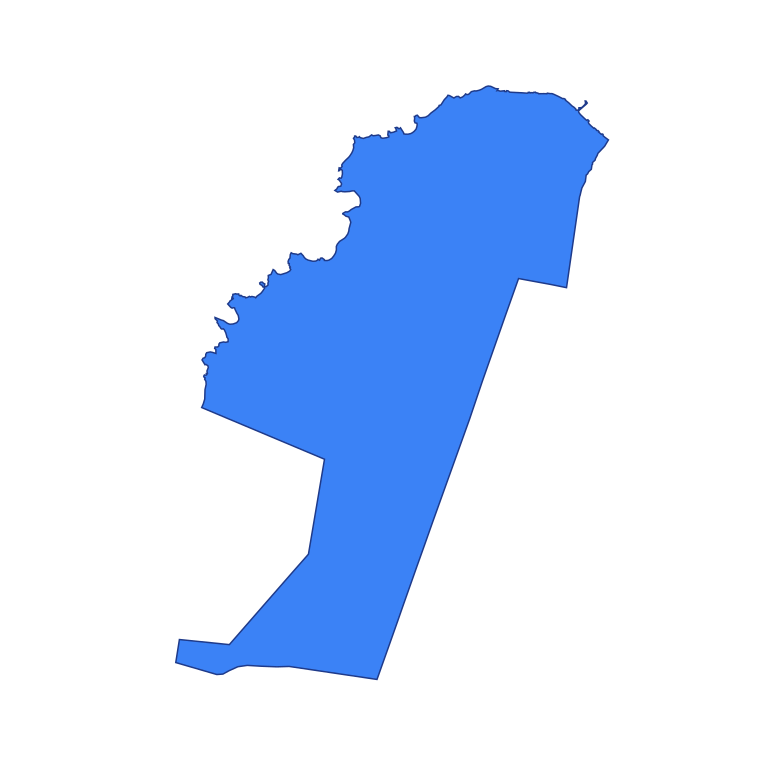 Aleipata itupa i Lalo, Atua, Samoa, rotated 279°
{"feature_id": "51752279B65562050624331", "entity_name": "Aleipata itupa i Lalo", "entity_type": "district", "adm_level": 2, "iso_a3": "WSM", "parent_name": "Samoa", "parent_adm1": "Atua", "projection": "mercator", "projection_center": [-171.461, -13.991], "detail": "fine", "context": "isolated", "style": "filled", "palette": "blue", "viewbox_px": 768, "rotation_deg": 279, "n_neighbors": 0, "source": "geoboundaries", "source_scale": "gbopen_adm2", "svg_char_len": 5284}
<svg xmlns="http://www.w3.org/2000/svg" viewBox="0 0 768 768"><g transform="rotate(279 384 384)"><path d="M167.0,437.3L210.4,445.3L228.5,448.7L256.1,453.8L362.6,474.0L402.6,480.8L470.6,493.2L509.2,500.4L508.8,516.3L508.4,533.1L507.7,549.2L599.7,547.9L601.2,548.2L604.4,548.4L608.6,548.8L615.5,551.2L621.9,551.0L623.4,552.2L625.8,553.0L628.5,555.2L632.8,555.1L633.8,555.6L635.4,555.3L638.2,557.5L639.8,557.6L643.1,558.8L645.3,559.2L653.3,564.7L660.2,567.5L662.5,563.1L663.5,561.6L664.8,561.3L665.1,560.3L664.6,559.6L666.5,556.5L667.0,556.8L667.8,555.7L667.7,554.3L668.7,553.6L669.8,551.7L669.4,551.2L671.3,548.2L673.2,545.6L674.9,544.7L675.8,545.4L676.9,544.0L676.1,542.9L677.7,540.4L680.9,535.8L682.7,533.9L684.2,533.4L692.0,540.0L693.3,540.8L695.1,539.2L695.0,538.4L693.4,539.0L691.9,539.0L688.7,536.7L687.8,535.7L687.3,533.3L685.5,533.6L684.8,532.6L684.5,531.0L685.7,530.3L687.0,528.5L688.0,526.3L690.7,522.4L692.7,518.8L693.5,518.7L694.1,517.0L693.8,515.9L695.4,511.0L696.8,506.1L697.1,504.4L696.8,502.5L696.8,499.8L696.2,499.6L695.8,496.5L694.9,491.3L695.4,490.6L695.5,488.0L695.9,487.9L695.4,485.9L694.9,485.7L694.8,483.8L694.3,482.7L694.9,482.2L694.6,480.8L693.9,480.7L693.6,479.6L693.2,474.7L692.1,464.6L691.9,462.5L693.0,460.6L692.9,459.3L691.9,459.0L691.8,457.3L692.5,457.1L691.4,453.0L691.8,450.5L691.5,449.8L693.4,450.5L693.2,448.0L694.7,442.9L694.6,440.3L693.7,438.3L690.3,434.2L689.0,432.0L687.8,429.1L687.7,427.5L686.4,424.5L684.4,423.1L683.3,422.2L682.8,420.7L683.3,419.2L681.9,418.5L679.8,416.7L678.5,414.5L679.7,412.6L679.3,410.6L678.7,409.8L677.4,408.3L679.1,403.6L679.2,402.0L677.5,401.3L674.3,399.1L668.6,396.6L667.7,394.8L666.8,394.9L662.9,391.8L658.9,387.9L655.9,385.7L654.0,383.2L652.9,379.4L652.6,377.4L654.7,374.9L654.2,373.6L653.3,373.1L653.0,372.1L651.3,372.7L648.5,372.8L646.8,373.8L646.7,375.7L645.3,376.2L643.2,376.2L640.7,375.8L638.3,374.3L636.7,372.8L635.5,371.2L634.5,368.7L634.1,366.0L634.2,364.4L635.3,364.0L639.6,360.2L638.7,359.5L638.5,358.0L639.4,357.4L639.4,356.1L638.8,355.0L638.2,355.7L635.9,356.8L634.1,353.8L633.2,351.1L634.4,349.8L634.3,348.6L630.5,348.8L629.9,349.9L628.8,350.1L627.6,347.8L626.5,344.3L626.8,342.4L628.5,341.4L629.1,339.5L628.1,336.7L627.5,334.4L628.1,332.8L625.7,330.4L624.8,327.9L623.3,325.2L623.6,322.0L624.4,321.0L623.8,320.6L623.2,318.7L624.5,317.3L624.3,316.2L623.2,316.3L621.9,315.4L620.4,316.7L617.6,317.4L615.8,316.3L612.6,317.1L609.5,316.7L607.1,316.0L603.8,314.5L602.3,313.6L598.8,310.9L595.5,308.7L593.7,308.0L592.2,308.6L590.3,307.2L590.5,305.9L587.5,305.9L587.9,306.8L589.3,307.1L589.1,308.4L588.4,309.4L584.9,310.1L581.5,309.9L580.5,309.4L580.6,307.7L578.9,306.6L578.4,307.9L575.6,310.5L574.8,310.8L572.5,310.3L572.0,308.3L571.2,307.5L569.3,306.9L567.5,305.2L566.3,308.1L567.7,311.6L567.5,312.7L567.7,315.2L568.8,320.1L569.7,322.2L570.1,324.4L565.4,330.2L563.4,331.5L558.8,332.6L555.7,332.1L555.1,331.4L554.5,328.6L551.2,324.3L549.4,322.7L548.3,321.2L548.0,319.0L546.0,316.6L545.4,316.8L544.9,318.3L543.8,320.1L543.4,323.1L539.6,325.4L538.4,325.9L531.9,325.2L529.6,325.3L526.6,324.8L522.9,323.0L521.6,322.0L517.9,317.8L514.7,316.0L512.4,315.4L508.9,316.0L505.6,315.6L502.5,314.3L499.8,312.7L497.7,310.2L497.0,308.4L496.7,305.8L497.6,305.5L498.8,303.1L498.3,301.6L496.2,301.0L496.9,299.3L496.0,299.0L494.7,297.3L494.1,294.5L494.5,289.6L495.3,287.2L496.5,285.5L498.0,284.2L500.1,281.5L498.2,278.7L498.6,277.4L498.5,273.4L499.1,271.8L497.2,271.2L493.6,271.4L492.2,270.5L490.1,270.1L488.1,270.6L488.1,271.6L486.4,271.7L484.8,273.2L484.1,272.7L482.4,274.0L480.8,273.2L478.7,270.6L475.9,264.9L476.0,261.9L476.6,260.7L479.0,258.3L479.7,256.6L474.6,255.3L473.1,252.7L470.8,253.2L468.7,253.0L467.4,253.9L465.4,253.6L463.7,254.0L461.8,252.5L461.6,251.8L462.1,250.6L464.2,250.6L464.6,249.2L465.6,247.9L465.3,246.3L464.3,245.4L463.0,246.0L462.4,247.9L460.8,249.4L461.1,250.3L460.0,251.1L456.5,249.5L454.3,248.2L450.8,244.7L449.1,243.8L449.6,242.8L449.8,239.8L449.1,238.6L449.5,237.3L448.2,235.7L447.5,233.9L448.3,233.1L448.2,230.8L449.2,228.8L448.5,228.1L449.3,226.7L450.2,226.4L449.7,224.0L450.0,223.5L448.9,220.7L447.2,220.9L446.4,220.3L444.9,220.3L445.4,221.3L444.7,221.8L441.9,218.9L440.7,218.5L438.6,217.1L435.7,220.7L435.2,222.1L435.8,223.3L435.8,224.5L434.4,225.2L430.8,227.7L428.9,229.3L425.5,230.5L423.8,230.3L421.5,228.9L419.7,225.6L418.9,222.4L419.4,219.9L421.5,215.5L421.7,213.5L423.3,206.7L422.0,207.0L420.2,209.6L418.5,209.5L417.7,210.7L415.8,211.7L415.0,212.8L413.2,214.4L412.9,215.4L413.4,216.6L412.7,217.7L409.8,219.7L406.6,221.2L405.8,221.4L404.2,223.0L401.4,223.4L400.4,221.2L400.4,218.9L399.0,215.4L397.6,214.7L395.8,214.9L394.5,213.9L394.1,211.3L392.6,211.2L391.9,212.5L387.9,213.2L388.4,209.7L388.5,207.4L387.2,204.0L385.5,203.3L383.5,203.5L381.9,202.8L381.2,201.3L379.3,200.5L375.0,204.2L375.5,205.0L374.5,207.2L372.8,207.9L369.1,207.1L367.0,207.9L366.6,206.9L365.6,207.6L364.9,206.9L364.8,205.2L363.5,204.7L362.5,205.3L362.0,206.4L360.7,206.1L358.8,207.7L355.8,208.4L350.4,208.1L341.1,209.3L336.0,208.6L332.2,207.6L300.4,337.0L204.1,336.0L181.7,321.8L146.7,299.8L102.4,272.0L99.6,221.9L76.3,221.9L70.9,264.3L72.3,270.3L76.5,275.7L81.9,283.9L84.7,293.0L86.1,307.3L87.9,322.4L90.2,334.5L91.1,423.3L133.0,431.1L152.5,434.7L167.0,437.3Z" fill="#3b82f6" stroke="#1e3a8a" stroke-width="1.5"/></g></svg>